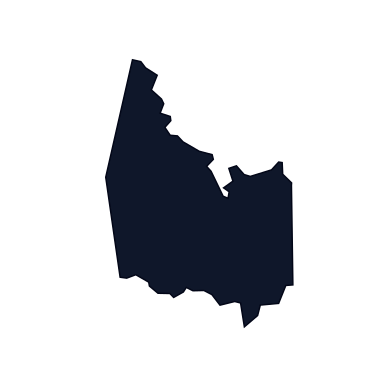 outline of Charlotte, Virginia, United States of America, rotated 160°
{"feature_id": "52423323B81085742226913", "entity_name": "Charlotte", "entity_type": "district", "adm_level": 2, "iso_a3": "USA", "parent_name": "United States of America", "parent_adm1": "Virginia", "projection": "mercator", "projection_center": [-78.693, 36.973], "detail": "fine", "context": "isolated", "style": "filled", "palette": "ink", "viewbox_px": 384, "rotation_deg": 160, "n_neighbors": 0, "source": "geoboundaries", "source_scale": "gbopen_adm2", "svg_char_len": 851}
<svg xmlns="http://www.w3.org/2000/svg" viewBox="0 0 384 384"><g transform="rotate(160 192 192)"><path d="M202.7,336.6L268.0,235.4L288.7,136.5L282.8,133.4L273.1,133.5L263.5,122.1L264.2,118.2L258.6,108.5L247.5,104.2L245.3,99.2L234.3,101.0L230.0,104.3L224.9,98.9L214.5,95.4L208.4,88.8L204.4,76.1L189.3,74.5L184.3,71.1L188.9,47.4L172.6,53.5L166.5,62.4L148.7,57.7L135.8,72.1L129.0,70.2L96.3,164.2L95.3,166.5L100.7,177.7L97.2,188.8L100.3,190.5L109.7,185.6L131.9,186.7L137.1,190.6L141.3,201.4L149.3,201.6L149.8,188.2L160.9,185.1L157.0,179.5L160.3,173.8L164.2,177.4L167.0,205.0L169.5,211.1L160.8,215.4L160.3,220.2L171.3,227.8L183.3,242.2L186.5,249.7L193.1,252.8L195.4,262.0L187.5,266.3L186.6,270.4L195.0,277.0L188.4,284.6L188.9,289.8L195.3,301.8L184.8,313.6L193.2,324.6L195.5,332.0L202.7,336.6Z" fill="#0f172a" stroke="#020617" stroke-width="1.5"/></g></svg>